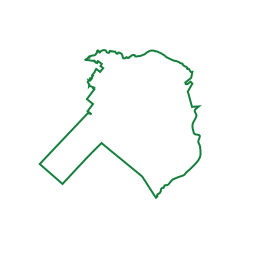 Jiménez, Coahuila, Mexico (orthographic projection), rotated 307°
{"feature_id": "50627088B62617687912347", "entity_name": "Jiménez", "entity_type": "district", "adm_level": 2, "iso_a3": "MEX", "parent_name": "Mexico", "parent_adm1": "Coahuila", "projection": "orthographic", "projection_center": [-100.845, 29.005], "detail": "fine", "context": "isolated", "style": "outline", "palette": "green", "viewbox_px": 256, "rotation_deg": 307, "n_neighbors": 0, "source": "geoboundaries", "source_scale": "gbopen_adm2", "svg_char_len": 5195}
<svg xmlns="http://www.w3.org/2000/svg" viewBox="0 0 256 256"><g transform="rotate(307 128 128)"><path d="M187.9,171.6L183.4,166.4L185.5,163.7L192.5,154.7L193.2,153.8L202.2,152.7L202.6,150.1L198.6,148.9L197.9,147.6L198.8,146.4L206.1,148.3L207.0,147.8L211.5,145.7L210.9,145.3L210.7,145.1L210.6,144.8L210.7,144.3L210.7,144.0L210.9,143.6L211.2,142.6L211.3,142.4L211.5,142.2L211.7,141.7L211.8,141.4L211.8,141.2L211.7,140.7L211.6,140.4L211.5,140.1L211.4,140.1L211.2,140.1L210.9,140.0L210.9,139.8L210.9,139.6L211.0,139.4L211.1,139.2L211.5,138.9L211.8,138.7L211.9,138.4L211.9,138.0L211.9,137.6L211.8,137.2L211.6,136.8L211.4,136.2L211.4,135.5L211.4,134.1L211.4,133.8L211.5,133.7L212.0,133.2L212.1,132.8L211.9,132.2L211.8,131.8L211.7,131.7L211.2,130.7L211.3,130.1L211.4,129.7L211.3,129.4L211.0,128.1L210.8,127.2L210.3,125.8L210.0,125.1L209.5,124.5L209.0,122.6L208.6,120.7L208.3,119.1L207.8,116.7L207.8,116.2L207.7,115.6L207.9,113.7L207.8,111.9L207.5,109.0L206.9,106.6L206.5,104.8L205.7,103.6L205.5,102.9L205.3,102.1L204.7,101.2L204.0,100.2L203.5,99.6L202.7,99.0L201.1,98.2L199.3,97.5L199.2,97.4L198.4,97.3L197.0,97.0L196.9,96.9L195.8,96.2L194.7,95.5L193.1,94.6L192.7,94.3L192.4,93.9L191.7,93.1L191.4,92.8L190.7,92.2L190.3,91.8L189.9,91.4L189.7,91.0L189.7,90.9L189.6,90.7L189.7,90.4L189.8,90.1L190.0,89.9L190.1,89.4L190.1,89.1L189.6,88.4L189.3,88.1L188.7,87.7L187.9,87.2L187.4,87.1L186.9,87.0L186.4,86.9L186.2,86.8L185.7,86.5L185.1,86.3L184.8,86.5L184.7,86.5L184.4,86.2L184.1,86.0L183.8,85.7L183.8,84.5L183.8,84.3L183.7,84.2L183.4,84.0L183.2,84.0L182.8,84.1L182.6,84.1L182.3,83.9L182.2,83.9L182.0,83.7L181.6,83.4L181.5,83.2L181.3,82.7L181.2,82.5L181.1,82.4L180.8,82.2L180.9,81.9L181.0,81.6L182.2,80.3L182.8,79.5L183.1,78.8L183.3,78.5L183.3,78.0L183.3,77.4L183.3,77.0L183.1,76.5L183.0,75.9L182.6,75.1L182.4,74.9L182.2,74.9L181.5,74.8L181.4,74.8L181.1,74.9L180.9,74.9L180.7,74.6L180.6,74.3L180.6,74.0L180.7,73.5L180.9,72.8L181.0,72.5L181.1,72.2L181.3,71.9L180.9,71.5L180.8,71.3L180.7,71.2L180.5,70.7L180.2,70.0L180.1,69.8L179.9,69.6L179.6,69.4L179.4,69.2L179.5,69.0L179.5,68.9L179.2,68.3L179.1,67.8L178.8,67.4L178.6,67.1L178.3,67.1L178.1,67.2L177.1,67.7L176.9,67.7L176.7,67.5L176.5,67.4L176.2,67.1L176.1,66.8L175.9,66.4L175.8,66.2L175.8,65.7L175.8,65.4L175.8,65.1L176.1,64.6L176.3,64.1L176.4,63.6L176.4,63.2L176.3,62.7L176.0,62.3L175.7,61.9L175.3,61.4L174.8,61.1L174.2,60.7L173.7,60.5L173.2,60.3L172.8,60.1L172.3,60.0L172.0,60.0L171.5,60.1L171.3,60.1L171.2,60.0L171.1,59.9L171.1,59.5L171.2,59.3L171.4,59.1L171.6,58.8L171.8,58.3L171.9,58.1L172.0,57.9L172.0,57.7L171.9,57.5L171.8,57.3L171.6,57.1L171.3,57.1L170.9,57.1L170.7,57.1L170.3,57.3L169.9,57.6L169.5,57.8L169.2,57.9L168.9,57.9L168.0,57.7L167.9,57.7L167.6,57.8L167.4,57.9L167.1,57.9L166.7,57.8L166.3,57.7L165.4,57.1L165.2,56.8L165.1,56.6L164.9,56.3L164.7,56.1L164.4,55.9L164.2,55.8L163.8,55.4L163.6,55.2L163.4,55.0L163.1,55.0L162.9,55.1L162.7,55.1L162.4,55.0L162.3,54.9L162.3,54.7L162.2,54.3L162.1,54.1L161.9,54.0L161.7,53.9L161.2,53.9L161.0,54.0L160.9,53.9L160.7,53.9L160.3,53.8L160.0,53.9L160.0,54.0L159.9,53.9L159.1,53.7L157.2,53.0L156.7,52.8L156.2,52.5L156.1,52.4L156.2,52.5L156.4,52.7L156.9,53.0L156.9,53.5L157.8,54.5L159.3,57.3L160.5,59.6L161.6,60.6L161.2,61.8L160.9,61.9L160.9,63.0L161.2,63.0L161.2,63.5L161.4,64.3L162.1,64.2L162.4,64.0L163.1,63.6L163.4,64.0L163.4,68.5L160.9,68.8L160.9,72.2L158.1,72.0L156.0,72.0L156.0,67.1L153.1,67.4L152.6,67.7L150.7,67.7L150.0,67.6L148.6,67.6L148.7,68.5L146.2,68.4L146.2,69.3L144.2,69.3L144.2,68.0L143.6,68.4L142.7,68.9L142.5,68.3L142.4,67.9L142.3,68.1L140.5,68.1L140.2,68.8L140.1,69.2L139.9,69.5L139.7,69.8L139.7,70.1L139.6,70.4L139.7,70.7L138.2,71.6L138.4,71.6L138.5,71.7L138.4,71.8L138.5,71.8L139.8,76.5L138.7,76.4L138.8,77.8L126.3,77.8L126.1,84.0L126.1,85.6L117.1,85.6L117.0,90.6L115.8,87.0L105.9,85.9L81.8,83.2L71.3,82.0L46.1,79.2L43.9,109.4L47.3,109.7L49.7,110.0L66.5,111.7L69.1,112.0L77.6,112.9L85.9,113.9L100.0,115.9L99.9,118.6L99.6,125.4L99.4,129.3L99.3,132.9L98.6,149.4L98.3,156.7L97.9,167.2L97.7,168.7L95.8,174.1L95.0,176.2L91.7,185.1L89.1,192.3L89.6,192.5L90.9,192.6L91.2,192.6L91.6,191.8L91.9,191.6L92.3,191.5L92.7,191.5L93.2,191.7L93.8,192.1L94.8,192.3L95.3,192.5L95.8,192.4L96.2,192.4L96.5,192.3L96.9,192.3L97.3,192.2L97.7,192.0L98.0,191.8L98.4,191.5L98.9,191.2L99.1,191.2L99.4,191.2L99.9,191.2L100.7,191.4L101.1,191.6L101.1,191.9L101.2,192.1L101.4,192.2L101.7,192.4L101.9,192.4L102.1,192.3L102.4,192.2L102.7,192.2L103.3,192.1L103.7,191.9L104.1,191.8L104.5,192.2L104.9,192.5L105.2,192.6L105.4,192.8L105.8,193.5L106.0,193.7L106.4,193.9L107.3,194.2L108.4,194.3L109.6,194.3L109.8,194.3L110.7,194.3L111.2,194.5L112.3,194.4L113.1,194.5L114.3,195.0L115.3,195.7L116.0,195.9L117.8,197.0L119.9,198.3L121.4,199.4L123.0,200.5L125.1,201.3L126.2,201.2L128.6,201.4L132.1,202.3L133.7,202.5L137.5,203.1L141.2,203.5L144.5,203.6L148.1,203.0L150.6,201.8L153.4,199.6L156.7,196.6L158.1,194.3L158.6,193.3L159.1,192.5L160.9,191.6L163.3,191.0L164.9,190.1L165.1,189.0L164.1,186.7L163.3,185.4L163.5,183.7L164.7,182.3L166.1,180.4L168.3,178.3L170.8,176.9L172.8,176.6L175.9,176.2L178.2,175.6L179.5,174.9L180.6,172.9L181.6,171.1L183.1,170.5L185.0,170.9L187.9,171.6Z" fill="none" stroke="#15803d" stroke-width="2"/></g></svg>